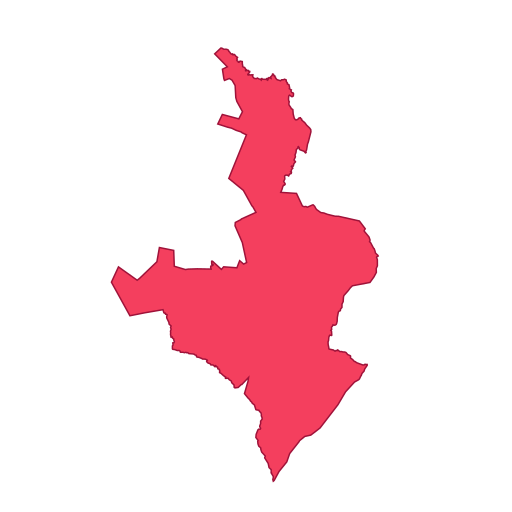 the district of Mutasa, Manicaland, Zimbabwe, rotated 316°
{"feature_id": "62879985B28116741742257", "entity_name": "Mutasa", "entity_type": "district", "adm_level": 2, "iso_a3": "ZWE", "parent_name": "Zimbabwe", "parent_adm1": "Manicaland", "projection": "orthographic", "projection_center": [32.773, -18.58], "detail": "fine", "context": "isolated", "style": "filled", "palette": "rose", "viewbox_px": 512, "rotation_deg": 316, "n_neighbors": 0, "source": "geoboundaries", "source_scale": "gbopen_adm2", "svg_char_len": 6154}
<svg xmlns="http://www.w3.org/2000/svg" viewBox="0 0 512 512"><g transform="rotate(316 256 256)"><path d="M151.9,338.2L156.0,338.2L156.5,338.6L166.3,338.2L163.2,340.6L152.1,347.0L151.6,352.8L151.7,354.8L151.3,356.4L151.4,358.2L151.0,359.3L151.4,362.0L149.2,366.4L149.3,366.8L150.9,369.0L150.5,370.4L150.7,371.7L150.5,372.5L149.8,373.7L148.8,374.6L148.0,376.6L147.1,377.6L144.6,378.0L143.0,379.7L140.6,380.9L140.1,381.4L139.7,383.0L139.3,383.4L138.7,383.5L137.6,382.4L136.6,382.4L132.2,384.4L129.8,386.5L129.4,390.1L128.5,390.5L126.9,392.5L125.9,394.7L126.1,397.2L125.0,398.7L123.9,401.0L123.7,406.2L123.4,406.6L122.4,406.9L122.0,407.4L120.7,413.6L118.4,417.3L118.5,420.2L116.8,422.0L116.5,422.8L116.2,422.7L115.3,426.5L114.7,427.2L112.8,428.5L112.0,430.0L113.1,430.1L122.9,427.0L135.1,425.5L143.0,421.5L157.8,419.5L159.1,419.1L165.8,419.7L171.0,422.9L182.6,424.2L211.6,419.9L226.1,415.9L239.3,415.1L243.8,416.3L245.0,416.3L247.8,415.2L248.7,415.1L250.6,414.1L253.7,413.9L255.7,412.8L260.0,411.9L260.4,411.6L260.6,411.1L259.5,410.3L259.3,409.6L258.0,409.4L257.1,408.5L254.3,402.7L254.0,400.9L253.5,400.1L253.6,397.5L253.1,395.0L254.5,393.7L254.5,393.1L253.5,390.6L253.7,388.0L253.5,387.4L252.8,386.3L251.8,385.4L251.3,384.3L249.9,383.0L249.6,380.5L249.4,380.2L248.5,380.4L248.0,379.6L246.9,379.4L246.6,378.8L246.4,377.4L244.0,373.8L244.0,373.3L244.8,372.4L246.5,369.7L248.1,367.9L249.6,367.1L252.0,365.0L253.5,364.3L254.3,364.3L254.9,365.5L255.5,365.6L257.9,362.8L258.2,362.3L258.1,361.5L259.6,361.3L260.3,360.2L261.0,359.6L262.1,359.6L263.6,359.0L264.0,360.0L265.2,360.8L266.2,360.9L267.2,360.5L269.1,359.3L271.8,356.7L276.2,353.6L277.4,353.4L278.7,353.9L280.0,352.9L282.1,352.7L284.5,350.3L287.0,349.4L290.3,346.4L291.7,345.5L298.1,345.0L301.9,344.4L304.7,344.4L319.6,354.2L326.2,353.0L331.2,351.4L333.8,348.5L336.5,347.4L340.7,343.0L341.9,340.6L342.5,340.5L343.9,340.9L344.1,340.4L344.0,336.9L345.1,335.0L346.1,332.8L346.0,332.0L347.8,325.7L347.6,324.6L349.1,323.8L350.5,320.8L351.1,313.3L351.6,312.8L353.5,312.3L354.7,302.6L342.9,284.7L340.6,282.4L336.3,275.6L334.7,272.2L332.8,269.8L331.9,264.9L332.0,263.5L332.7,261.1L332.7,259.0L332.3,258.6L326.8,256.5L326.3,255.0L324.9,254.0L324.6,253.4L324.1,252.3L328.6,239.1L318.0,227.4L321.1,226.1L323.4,224.7L324.9,224.3L325.6,224.4L325.8,224.8L326.9,224.6L327.2,224.1L327.7,221.6L330.3,220.6L331.8,218.7L332.3,218.3L333.3,218.4L334.6,219.4L335.1,221.1L336.9,220.4L338.6,221.1L339.5,220.6L339.4,219.5L340.3,219.6L340.8,219.0L341.6,218.5L343.4,218.4L343.7,216.1L344.4,216.2L344.7,217.2L345.4,217.2L347.4,215.9L349.8,215.7L350.0,215.4L349.9,213.8L350.2,213.3L353.3,212.0L354.2,210.5L356.7,209.3L359.0,207.4L361.1,207.5L361.8,206.7L362.5,206.8L362.3,208.2L361.4,209.3L361.4,210.1L363.3,214.0L363.2,216.2L363.9,216.4L364.5,215.4L366.1,214.8L370.8,211.3L372.9,210.3L381.8,204.8L383.2,203.1L383.5,200.9L383.3,197.0L383.7,194.2L383.3,190.0L383.9,189.4L383.7,188.0L384.0,187.4L382.9,186.6L380.8,186.7L379.4,186.0L379.0,185.3L379.2,183.5L381.4,179.7L384.2,176.3L384.2,175.8L383.7,174.5L384.1,173.7L384.7,170.3L385.5,169.2L387.1,168.1L387.3,167.2L388.2,165.9L390.5,163.8L391.4,163.5L391.9,163.6L392.4,166.2L393.0,166.7L394.0,166.8L395.7,165.4L396.0,164.5L395.3,163.3L395.7,161.6L396.8,161.1L396.2,158.8L397.1,158.3L398.7,155.7L398.1,153.9L398.8,153.3L399.0,151.5L400.0,150.4L400.0,150.1L399.3,148.6L398.1,148.2L396.8,147.0L395.4,147.0L393.6,143.7L393.7,141.7L394.3,140.8L394.0,139.8L394.6,139.5L394.3,138.6L394.8,137.5L394.6,136.8L394.3,136.6L393.2,137.3L390.9,137.3L390.2,138.5L389.8,137.4L389.1,136.6L388.0,137.1L387.6,136.1L387.1,135.9L386.9,137.4L386.5,137.6L386.1,136.1L383.5,133.4L383.5,132.4L382.9,132.2L382.0,133.0L381.8,131.7L381.2,130.9L380.6,128.9L379.5,128.7L378.1,127.1L378.2,124.6L378.6,124.1L379.6,123.6L379.1,122.9L377.8,122.0L377.4,121.2L376.4,120.7L376.0,120.0L376.3,119.6L379.1,119.4L379.7,118.9L379.1,118.1L379.4,117.7L379.4,117.2L377.2,115.5L377.5,115.1L378.5,115.1L378.3,114.5L378.8,112.5L378.1,111.2L378.1,110.3L379.0,109.5L379.4,108.6L381.2,106.6L380.0,104.8L379.3,104.6L378.4,104.9L377.9,104.4L378.3,103.3L378.0,102.6L378.2,101.7L379.2,101.4L379.5,100.5L380.7,100.3L380.3,98.3L380.5,96.3L380.2,95.6L379.2,95.4L379.4,94.2L378.8,94.0L378.4,92.9L378.7,91.1L378.6,89.8L379.0,89.3L379.1,88.1L378.1,86.4L376.5,85.0L375.8,82.7L375.2,82.0L366.7,81.9L366.8,100.0L361.6,98.3L356.0,106.2L355.3,107.8L360.1,109.8L360.9,112.9L359.4,118.9L351.5,128.0L349.6,131.5L346.5,142.8L338.9,145.4L330.1,130.8L320.2,134.5L325.1,143.7L327.2,147.0L329.0,151.8L331.4,156.3L331.6,157.7L333.3,162.2L290.3,181.3L292.5,200.0L287.9,217.1L287.9,218.4L286.3,224.6L271.2,219.2L270.4,219.3L264.4,217.5L261.9,219.7L255.5,236.8L244.7,254.2L241.5,253.2L241.0,248.0L234.1,251.2L225.2,241.3L221.8,241.6L221.1,229.6L220.7,229.0L220.3,229.1L218.4,231.2L218.4,231.5L219.2,232.2L219.0,232.6L218.1,232.7L216.5,231.9L215.7,232.4L214.6,234.2L204.8,224.4L198.2,218.4L195.8,216.7L190.1,206.6L200.7,194.8L192.4,182.8L180.7,191.3L156.9,191.2L153.7,190.9L149.5,168.3L133.8,174.4L123.8,211.4L136.4,219.5L151.8,230.0L150.3,232.8L150.4,233.4L151.0,234.0L150.5,235.1L151.2,235.9L151.2,236.6L149.7,237.5L148.8,238.5L147.2,243.3L146.2,244.6L146.3,247.4L144.8,248.1L144.2,249.6L142.2,250.7L141.5,251.7L139.7,253.4L139.3,254.5L138.6,255.0L138.5,255.4L139.5,256.2L138.9,257.1L139.2,258.6L138.6,259.1L137.7,261.0L136.8,261.4L135.8,260.7L134.5,262.4L133.4,262.6L131.4,264.7L131.3,265.3L132.6,267.0L133.7,269.3L135.1,270.6L135.3,271.8L134.8,272.6L134.9,272.9L136.6,274.5L137.3,275.8L138.7,276.6L139.0,277.6L139.8,278.1L139.9,279.6L142.4,282.4L143.3,283.7L143.4,284.9L144.1,286.0L143.3,287.1L143.3,287.6L144.6,289.4L145.8,292.1L145.9,292.9L147.8,294.9L148.6,296.7L148.5,297.3L147.8,297.2L147.1,297.7L147.1,299.5L148.2,301.8L147.9,303.1L148.9,303.9L149.6,305.2L149.4,306.8L149.7,307.2L150.3,306.7L150.7,306.7L150.9,307.8L150.7,308.5L151.2,309.2L150.2,310.6L150.9,312.1L150.3,312.8L150.1,313.7L149.3,314.0L148.8,314.6L149.3,316.1L149.5,319.6L150.1,322.1L149.2,322.4L149.1,322.9L151.0,324.6L150.8,326.5L151.3,328.2L151.3,328.9L150.5,330.3L150.6,333.5L149.1,335.3L149.6,336.2L149.4,336.4L151.9,338.2Z" fill="#f43f5e" stroke="#9f1239" stroke-width="1.5"/></g></svg>